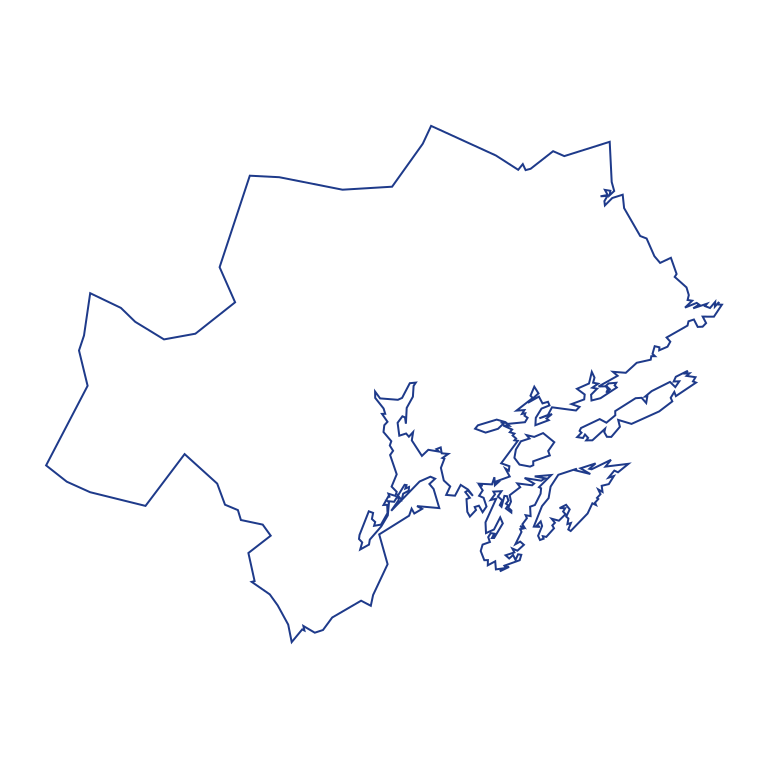 outline of Tvedestrand nor, Aust-Agder, Norway
{"feature_id": "86288312B79556045752597", "entity_name": "Tvedestrand nor", "entity_type": "district", "adm_level": 2, "iso_a3": "NOR", "parent_name": "Norway", "parent_adm1": "Aust-Agder", "projection": "mercator", "projection_center": [9.012, 58.625], "detail": "fine", "context": "isolated", "style": "outline", "palette": "blue", "viewbox_px": 768, "rotation_deg": 0, "n_neighbors": 0, "source": "geoboundaries", "source_scale": "gbopen_adm2", "svg_char_len": 6124}
<svg xmlns="http://www.w3.org/2000/svg" viewBox="0 0 768 768"><path d="M614.2,191.0L611.7,182.0L609.7,141.8L564.3,156.1L553.1,151.2L530.6,168.8L525.6,170.1L522.8,164.1L518.2,169.8L495.9,155.5L431.1,125.9L422.8,143.7L392.1,186.7L342.5,189.7L279.2,177.2L249.8,175.7L219.6,267.2L235.1,302.3L195.4,333.7L164.0,339.4L135.2,321.8L120.9,307.9L90.2,293.2L84.0,335.5L79.0,350.5L87.6,385.8L46.1,465.4L66.8,481.7L90.1,492.2L145.5,505.9L184.6,454.1L217.2,483.6L225.0,504.7L237.9,510.1L240.9,520.0L262.7,524.6L270.7,535.7L248.4,553.0L254.6,581.1L251.7,581.9L269.8,594.4L277.7,605.4L288.2,624.6L291.7,642.1L302.2,629.4L304.4,630.5L303.4,626.0L314.8,632.7L323.0,630.0L332.2,617.5L361.1,600.7L370.8,605.8L373.1,595.0L387.6,564.2L379.2,534.4L409.1,515.7L411.6,508.7L414.3,513.5L422.1,508.9L417.0,506.1L439.3,508.1L433.6,489.0L429.4,484.0L435.1,478.7L430.4,476.7L419.6,481.5L391.2,510.8L398.7,500.1L398.1,495.8L401.6,499.9L403.2,493.7L408.7,490.7L409.0,487.0L405.4,488.5L406.5,485.1L404.6,484.8L394.1,501.8L387.5,501.1L389.0,502.4L387.8,515.4L381.2,526.5L369.8,539.6L369.0,544.6L360.2,549.5L362.2,542.4L359.0,539.0L359.5,535.0L368.8,511.3L373.1,512.9L371.9,519.0L375.2,522.0L374.1,525.8L381.0,524.6L387.5,513.1L387.2,504.8L383.5,505.0L388.8,495.6L389.8,497.6L388.4,493.7L395.4,495.9L396.7,491.8L391.6,486.6L396.7,474.3L390.1,455.0L393.1,450.8L389.8,445.5L391.3,441.2L383.5,432.0L384.3,425.2L387.5,421.8L382.0,413.9L385.2,413.8L383.6,408.5L375.2,397.9L375.1,391.6L380.1,398.4L397.9,399.8L402.1,397.9L409.8,383.2L415.8,382.6L413.6,385.9L412.9,396.7L406.7,407.9L405.9,423.7L405.0,417.4L402.4,416.3L397.6,422.8L399.3,435.7L406.1,433.5L408.9,436.7L413.1,432.1L411.8,440.4L421.9,455.9L428.3,449.8L439.0,451.6L436.4,449.1L440.7,447.4L441.7,453.3L448.3,453.9L442.4,458.0L444.4,458.7L440.9,467.9L443.8,480.5L450.2,486.4L446.2,494.9L455.0,495.7L460.7,484.9L468.1,489.6L472.9,495.8L467.9,490.4L465.3,492.1L469.8,497.8L466.5,499.1L467.3,511.8L469.9,516.5L476.0,510.0L474.7,507.0L478.9,505.7L482.6,512.2L486.5,506.5L483.6,497.8L479.1,495.8L482.7,490.4L479.5,485.4L482.5,485.9L479.3,483.7L492.0,484.4L494.4,477.2L494.9,485.3L497.9,482.6L495.3,483.1L496.2,481.4L509.7,476.5L505.4,468.6L508.8,470.7L509.4,466.2L501.2,463.3L517.8,440.8L514.5,440.3L516.1,438.5L512.6,435.5L514.4,433.6L509.8,432.2L512.1,429.5L503.2,425.5L509.2,425.8L504.9,422.2L500.7,422.2L503.6,423.5L498.0,428.8L485.6,432.6L475.1,428.7L477.9,425.3L496.7,419.6L505.4,422.1L507.6,423.9L525.0,422.2L527.6,417.8L524.5,415.7L525.3,413.3L522.0,413.9L524.4,410.1L516.5,410.6L532.7,398.0L530.5,395.7L534.3,386.7L538.5,393.4L527.9,402.8L538.9,396.6L542.5,403.4L548.0,401.8L549.5,405.4L541.5,408.6L535.8,417.8L535.4,425.2L548.7,420.2L546.5,418.5L552.0,414.0L539.3,418.3L547.9,415.0L552.0,407.3L576.0,410.5L579.5,406.9L571.5,404.1L584.2,399.4L584.7,394.5L577.0,388.8L589.0,383.5L591.8,371.9L594.5,377.6L593.1,382.7L598.1,383.7L592.3,387.7L597.1,388.7L591.1,394.7L591.5,400.5L600.5,398.2L616.8,387.5L614.6,385.4L616.2,382.8L608.7,383.4L606.0,385.7L609.9,389.3L606.3,392.7L607.9,389.1L605.8,386.3L598.5,386.5L617.6,375.8L612.9,371.8L625.8,372.8L636.7,362.8L650.7,359.7L651.3,356.2L655.0,356.2L652.5,353.8L654.7,346.2L659.4,347.3L659.2,350.3L667.5,346.7L670.3,341.7L666.6,337.5L687.5,325.6L688.5,321.3L693.9,319.5L697.7,326.9L702.6,326.7L706.1,323.1L702.7,316.6L713.9,316.7L721.9,304.7L718.1,304.5L719.0,302.0L714.9,306.6L715.2,301.9L710.0,308.0L705.0,306.1L707.0,303.7L693.2,308.3L699.1,304.6L696.7,302.9L685.0,307.6L692.2,300.7L687.6,300.0L688.8,295.1L686.5,287.4L674.7,276.9L676.6,274.0L670.9,257.8L660.1,262.9L654.4,256.2L646.6,238.5L640.2,236.0L624.1,208.1L622.7,194.7L612.3,198.0L604.9,205.4L604.4,201.1L607.5,195.9L600.5,196.3L607.7,195.0L604.9,189.9L610.4,190.8L609.6,195.3L614.2,191.0ZM611.0,459.8L591.6,469.3L589.4,468.8L595.6,463.4L580.5,468.3L590.3,474.0L575.3,470.3L576.8,468.7L558.3,474.8L550.6,486.6L548.6,498.1L542.0,506.1L533.8,526.6L539.9,526.9L537.0,525.4L540.7,521.4L542.1,526.0L538.1,535.8L540.0,540.0L543.6,538.7L542.8,536.2L546.3,536.9L554.0,528.3L552.3,525.4L554.9,522.8L551.6,518.7L558.9,520.7L565.5,514.2L563.1,511.5L565.2,508.2L559.6,508.1L566.1,504.8L569.7,509.4L566.2,516.6L568.4,518.5L567.4,524.1L570.9,523.0L568.3,529.5L570.7,531.0L587.6,513.5L592.4,503.3L596.0,505.0L595.0,502.7L598.3,499.0L597.0,497.9L600.5,494.2L598.2,489.4L602.5,491.9L601.7,485.8L608.8,484.1L613.9,476.0L608.5,477.7L614.3,470.6L618.0,472.3L628.5,463.8L605.5,466.6L611.0,459.8ZM551.3,475.0L534.7,476.4L545.1,478.3L541.3,480.7L524.6,478.0L534.1,483.6L532.1,485.3L517.3,483.4L520.2,487.2L509.7,495.2L511.0,501.6L508.3,507.6L511.4,510.5L511.3,512.5L505.9,508.5L508.2,505.2L506.0,503.7L508.4,500.6L507.0,496.2L504.4,495.9L501.5,506.8L499.8,505.1L502.3,500.4L497.9,496.4L501.5,491.2L493.4,491.6L495.0,494.3L490.7,500.0L496.2,498.7L485.5,522.3L486.0,533.1L494.0,529.5L500.2,517.4L502.8,523.4L494.1,538.0L491.9,538.0L494.3,533.7L490.7,533.1L488.2,537.1L489.9,542.0L482.6,544.6L480.7,551.0L484.3,560.2L487.9,560.1L487.8,565.3L495.2,561.3L495.9,569.4L503.0,568.4L499.9,571.3L509.1,566.9L505.3,566.9L504.4,565.7L519.7,560.2L521.3,554.8L518.1,554.3L515.5,559.9L513.1,555.0L509.2,558.5L505.6,555.3L514.4,552.4L512.3,548.5L517.4,550.7L523.9,544.8L520.2,541.6L515.4,544.2L521.5,531.9L520.2,529.2L522.9,528.6L520.2,526.0L524.5,527.6L522.4,524.2L526.9,518.2L525.6,515.2L530.6,516.1L530.1,506.7L534.9,505.0L540.6,493.7L541.1,488.3L539.0,487.2L551.3,475.0ZM687.8,370.8L675.8,376.8L673.7,381.5L679.3,381.3L675.3,387.1L670.0,381.9L651.7,391.1L645.1,396.6L647.3,396.5L646.2,403.0L641.6,397.8L635.6,398.2L615.2,411.1L615.3,415.3L606.4,422.7L599.7,419.1L581.0,428.0L579.6,430.9L581.5,432.7L577.2,437.1L583.0,438.0L585.0,434.5L588.1,437.9L586.2,440.4L592.4,440.3L605.1,428.7L604.3,432.2L606.9,436.8L611.3,436.9L619.9,426.8L618.2,419.9L631.5,423.9L659.2,411.4L672.3,401.4L670.7,397.8L674.3,391.9L675.9,396.1L696.0,382.6L693.0,381.4L695.5,377.2L686.6,375.9L689.5,373.3L685.4,373.5L687.8,370.8ZM543.1,433.1L534.2,436.9L526.6,435.1L529.5,438.5L520.9,441.3L515.9,449.5L514.4,457.8L519.5,464.6L530.1,466.6L533.3,465.2L533.2,461.3L549.8,455.4L548.2,451.0L554.3,442.2L543.1,433.1Z" fill="none" stroke="#1e3a8a" stroke-width="2"/></svg>